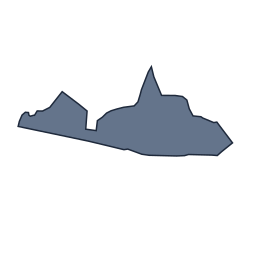 outline of Mirabad, Tashkent, Uzbekistan, rotated 126°
{"feature_id": "79887680B42032774497005", "entity_name": "Mirabad", "entity_type": "district", "adm_level": 2, "iso_a3": "UZB", "parent_name": "Uzbekistan", "parent_adm1": "Tashkent", "projection": "orthographic", "projection_center": [69.266, 41.239], "detail": "fine", "context": "isolated", "style": "filled", "palette": "slate", "viewbox_px": 256, "rotation_deg": 126, "n_neighbors": 0, "source": "geoboundaries", "source_scale": "gbopen_adm2", "svg_char_len": 796}
<svg xmlns="http://www.w3.org/2000/svg" viewBox="0 0 256 256"><g transform="rotate(126 128 128)"><path d="M175.6,220.3L179.8,221.3L186.5,219.8L191.3,217.8L161.8,152.1L153.2,131.4L147.9,118.5L145.2,115.8L141.1,101.4L137.6,94.8L122.1,72.3L117.1,66.0L113.9,63.5L100.6,44.2L97.8,39.6L91.9,38.3L78.6,34.7L72.4,55.1L71.0,59.6L73.2,61.8L76.0,73.5L76.0,75.6L80.0,82.5L76.5,89.7L70.8,96.8L70.5,102.4L74.0,109.0L81.9,120.0L71.4,137.2L64.7,145.1L70.8,144.5L89.2,139.6L93.8,137.8L101.0,135.3L106.5,136.0L113.9,143.8L119.2,148.2L124.0,151.8L128.5,154.1L134.4,155.1L140.0,157.1L148.8,152.2L153.8,161.5L138.3,171.1L137.7,182.1L137.3,202.6L157.3,203.4L164.5,207.1L167.6,211.5L172.7,211.1L173.2,211.9L175.9,213.9L175.8,215.8L174.0,217.6L175.6,220.3Z" fill="#64748b" stroke="#1e293b" stroke-width="1.5"/></g></svg>